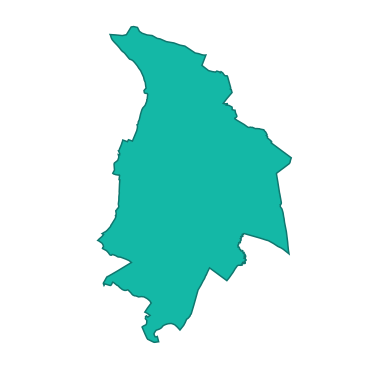 Berchisesti, Suceava, Romania (Equal Earth projection), rotated 9°
{"feature_id": "2599482B32520151641647", "entity_name": "Berchisesti", "entity_type": "district", "adm_level": 2, "iso_a3": "ROU", "parent_name": "Romania", "parent_adm1": "Suceava", "projection": "equal_earth", "projection_center": [26.04, 47.525], "detail": "fine", "context": "isolated", "style": "filled", "palette": "teal", "viewbox_px": 384, "rotation_deg": 9, "n_neighbors": 0, "source": "geoboundaries", "source_scale": "gbopen_adm2", "svg_char_len": 6013}
<svg xmlns="http://www.w3.org/2000/svg" viewBox="0 0 384 384"><g transform="rotate(9 192 192)"><path d="M211.5,303.5L213.3,287.9L215.4,282.6L216.9,278.0L217.9,275.6L218.7,272.1L219.0,271.9L219.9,268.3L221.2,264.2L240.3,274.1L242.2,270.8L245.2,264.7L246.6,261.2L248.3,257.8L249.1,257.2L249.8,257.0L251.4,256.8L251.6,256.6L251.9,256.7L252.7,256.4L252.4,256.1L252.3,255.7L252.6,255.3L253.4,255.2L253.5,255.0L253.5,254.8L252.9,254.5L253.0,254.3L253.4,254.2L253.2,253.8L253.1,253.6L253.4,253.4L253.7,253.7L254.3,253.5L254.8,254.0L254.8,254.3L255.3,254.4L255.6,254.2L255.7,253.9L255.6,253.2L254.8,252.6L255.0,252.3L254.9,252.1L255.4,251.9L255.5,251.7L256.1,250.9L256.1,250.6L255.9,250.5L255.6,250.6L255.4,250.5L255.3,250.2L255.3,249.9L255.1,249.4L254.8,249.6L253.8,249.2L254.0,249.0L253.9,248.7L254.0,248.5L254.2,248.4L254.8,248.5L255.0,248.3L255.0,248.0L254.2,247.8L253.8,247.4L254.7,247.3L255.1,246.9L255.0,246.7L254.6,246.6L254.5,246.4L254.4,245.9L254.3,245.7L254.0,245.8L253.7,245.0L252.4,244.8L252.3,244.5L252.4,244.3L252.8,244.3L252.9,244.2L252.9,243.6L252.3,243.6L251.5,243.2L251.4,242.2L251.0,242.0L250.5,242.6L249.3,242.3L249.2,242.2L249.2,241.7L249.1,241.4L248.7,241.4L247.8,240.9L247.9,240.4L247.8,240.1L247.6,240.0L247.5,239.7L247.2,239.4L247.1,239.1L246.7,239.0L246.4,239.2L246.1,239.2L246.0,238.7L246.1,238.1L245.6,237.5L245.8,236.9L246.2,236.6L246.2,236.1L246.0,234.9L246.2,234.7L247.0,234.8L247.5,234.6L247.6,234.4L247.6,233.9L247.2,233.4L247.6,232.8L247.5,232.5L247.6,232.2L248.0,231.9L248.0,231.5L247.8,231.0L247.0,230.6L247.0,230.4L247.8,230.0L247.9,229.6L247.8,229.0L247.3,228.4L248.0,228.1L248.4,228.2L248.8,228.1L249.0,227.9L248.4,227.5L248.3,227.2L248.3,226.7L248.7,226.6L248.7,226.4L248.4,226.2L248.4,225.9L248.9,225.7L249.3,225.8L249.2,225.4L249.4,225.1L250.1,224.9L265.8,226.8L273.0,227.9L275.0,228.1L280.5,230.1L285.3,232.3L288.8,233.3L291.1,234.3L297.5,237.9L296.4,234.6L295.1,229.8L294.3,226.5L291.4,216.4L288.1,207.4L287.1,203.9L286.3,201.8L285.2,198.3L283.8,195.3L283.1,194.2L282.1,193.4L281.6,192.8L281.4,192.3L281.5,191.8L281.1,190.7L281.8,190.1L282.0,189.5L281.9,188.5L278.9,179.9L278.7,179.6L278.2,178.0L275.2,168.7L272.5,160.7L272.9,159.9L283.5,148.9L284.0,148.0L284.2,147.2L284.3,145.2L284.7,142.7L262.5,131.1L262.9,130.1L262.0,129.5L262.0,129.1L258.0,126.8L257.9,125.4L256.6,124.6L257.2,123.8L256.2,122.3L255.1,121.0L254.6,120.8L253.8,120.0L253.4,119.5L253.1,119.3L249.8,119.2L248.8,119.0L246.1,119.2L244.7,119.5L241.6,118.7L240.5,118.9L239.4,118.8L238.3,119.3L237.1,119.3L233.0,117.2L224.7,113.9L222.8,112.9L222.7,112.7L222.8,112.3L223.9,111.4L224.5,110.4L224.1,109.2L222.7,107.2L221.7,104.5L220.6,104.6L218.7,104.3L218.6,102.8L218.2,101.8L214.9,100.7L214.2,100.7L212.3,100.8L212.5,100.3L213.3,100.3L213.0,99.2L210.6,99.8L209.0,99.6L211.9,94.2L216.0,87.5L214.7,84.6L213.9,84.5L213.7,84.3L213.8,84.1L214.0,84.0L213.8,82.7L209.2,72.7L208.7,72.0L208.4,71.7L207.6,72.0L206.5,72.0L205.4,71.3L203.7,69.5L201.8,68.6L201.2,69.8L200.5,69.1L197.6,68.7L196.4,69.9L193.1,69.9L189.3,69.5L182.0,65.4L184.3,54.5L182.6,54.9L180.4,54.9L176.9,54.3L173.4,54.2L162.1,49.0L157.0,48.8L150.8,47.6L143.2,47.5L136.6,45.8L133.5,45.7L128.2,43.7L123.1,43.9L117.9,43.0L115.0,41.6L112.4,38.0L108.5,37.7L106.1,38.5L102.6,46.9L98.8,48.4L92.1,48.8L86.5,49.3L87.2,50.3L87.7,51.5L88.6,53.1L89.7,54.4L91.7,56.1L95.4,58.9L98.0,61.1L99.8,62.9L101.4,64.1L102.7,64.7L104.0,65.6L109.0,70.1L109.8,70.6L111.3,70.8L113.0,71.5L115.0,73.0L118.2,75.9L120.1,78.1L122.3,80.2L126.2,86.1L127.3,88.9L128.7,91.1L129.9,95.3L130.4,96.5L128.7,99.3L129.2,100.9L129.6,101.6L130.7,101.8L132.5,101.8L133.0,102.6L133.1,105.8L133.3,106.7L132.9,107.8L133.1,109.3L132.2,113.5L132.0,114.0L130.2,116.8L129.6,118.7L129.0,123.0L128.6,128.9L127.9,131.2L128.1,132.6L127.9,133.4L127.6,134.0L127.2,134.2L127.9,135.7L128.0,137.5L127.8,140.2L125.2,151.0L121.1,150.3L120.3,152.4L115.5,151.5L115.4,153.1L115.1,154.2L114.9,155.9L114.1,159.3L113.8,160.2L113.4,162.6L112.9,162.8L114.6,165.3L114.7,166.6L113.3,166.5L114.0,168.0L114.1,168.4L114.2,169.6L113.8,172.0L113.0,173.2L110.9,175.4L110.7,175.9L110.7,177.0L112.0,182.5L110.8,185.9L111.6,186.4L114.0,186.8L116.5,186.8L117.7,186.7L117.9,187.0L118.0,191.2L118.8,191.3L119.2,195.9L120.1,203.6L120.3,203.9L120.4,204.7L120.5,207.9L121.0,211.5L121.1,215.3L121.4,216.3L121.8,217.1L121.9,217.5L121.9,218.2L121.7,219.1L120.9,220.1L120.4,221.5L119.7,222.2L119.7,222.7L120.4,224.8L120.6,225.9L120.1,227.4L120.7,227.6L120.4,229.9L117.5,236.9L117.1,237.5L117.0,238.7L114.2,243.1L112.9,244.6L111.8,245.4L109.7,247.2L111.3,247.9L110.1,250.0L107.6,253.0L106.5,254.6L107.4,254.8L110.3,256.2L111.2,256.7L112.4,258.1L113.2,260.0L112.5,260.8L112.4,261.8L116.7,263.3L118.9,265.0L120.6,266.8L121.3,267.1L122.4,267.0L122.7,266.7L122.9,266.2L123.8,266.2L126.7,266.8L128.6,267.6L129.6,267.7L131.5,267.5L132.5,267.7L137.4,268.7L140.6,269.6L141.9,270.3L143.2,271.1L130.9,281.5L121.9,288.8L121.5,288.8L120.9,289.9L119.5,293.8L118.8,295.5L118.7,296.1L119.0,296.8L119.7,298.0L120.3,296.4L125.4,297.1L126.3,297.0L126.9,296.2L127.7,293.5L128.6,293.6L132.4,295.8L133.4,296.0L135.7,297.7L138.4,299.2L140.0,299.6L140.9,299.7L142.2,299.5L143.8,298.7L144.2,298.8L147.4,301.1L148.4,302.1L149.7,303.0L150.2,303.2L151.6,303.5L153.0,303.4L155.6,304.0L158.4,303.2L161.0,303.1L164.6,304.4L167.2,306.0L168.1,306.8L168.4,307.5L169.1,308.0L166.2,313.6L164.2,318.0L166.2,318.6L169.9,320.4L167.9,322.5L166.5,321.4L165.6,322.2L165.8,323.4L165.7,324.3L165.8,324.5L166.8,325.3L167.5,326.0L167.7,328.3L167.6,329.7L167.3,330.3L164.8,332.1L163.8,333.2L168.0,339.9L170.2,343.2L171.3,344.4L177.6,346.3L178.7,346.3L182.5,345.1L180.3,340.1L179.4,340.7L178.1,340.7L176.6,338.2L176.9,337.0L177.6,335.3L178.1,334.3L178.5,334.0L181.2,332.5L182.3,331.6L183.2,330.7L184.1,329.0L185.5,327.7L187.6,326.5L189.2,325.8L191.9,325.1L193.1,325.2L195.3,325.7L196.2,326.1L198.6,327.7L201.7,330.2L204.6,325.1L205.7,322.0L206.5,318.8L207.2,317.9L207.9,317.3L208.5,316.4L209.5,314.7L209.6,313.7L210.3,312.5L211.5,303.5Z" fill="#14b8a6" stroke="#0f766e" stroke-width="1.5"/></g></svg>